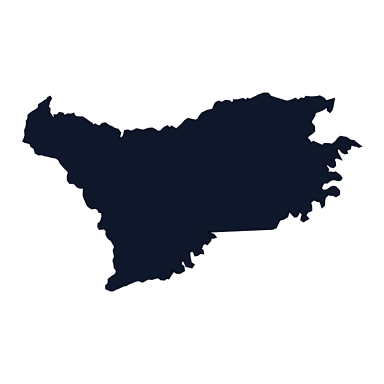 outline of Francisco Beltrão, Paraná, Brazil
{"feature_id": "56859067B76374785013373", "entity_name": "Francisco Beltrão", "entity_type": "district", "adm_level": 2, "iso_a3": "BRA", "parent_name": "Brazil", "parent_adm1": "Paraná", "projection": "albers", "projection_center": [-53.12, -26.068], "detail": "fine", "context": "isolated", "style": "filled", "palette": "ink", "viewbox_px": 384, "rotation_deg": 0, "n_neighbors": 0, "source": "geoboundaries", "source_scale": "gbopen_adm2", "svg_char_len": 4729}
<svg xmlns="http://www.w3.org/2000/svg" viewBox="0 0 384 384"><path d="M35.5,153.0L38.5,154.6L42.1,154.5L44.7,155.5L47.6,155.9L51.1,157.0L56.3,157.9L59.0,160.1L60.2,162.8L63.0,166.2L65.0,168.4L67.3,170.5L68.7,172.2L67.5,176.1L67.7,180.4L69.8,183.2L73.1,183.0L75.3,184.3L77.1,186.7L79.3,187.7L81.3,188.0L83.5,187.3L83.6,190.1L83.4,195.1L84.4,198.7L85.5,200.7L86.3,203.1L87.7,205.7L89.4,207.2L92.0,208.7L95.0,208.0L97.7,209.1L99.1,212.1L101.9,212.5L102.1,216.5L101.4,219.7L100.5,221.9L98.3,223.7L98.0,226.9L99.4,229.2L104.1,228.7L106.6,230.7L106.1,233.9L107.3,236.9L109.3,239.3L111.4,240.4L112.9,243.5L114.9,246.5L113.4,250.7L114.3,254.4L114.8,256.9L113.2,260.3L114.1,264.2L114.4,267.5L116.7,270.6L115.8,274.1L114.0,275.3L111.5,276.9L108.4,279.4L108.4,283.4L105.9,285.7L105.9,288.6L108.5,289.8L110.7,290.7L113.2,290.6L115.0,289.5L117.5,288.5L120.7,287.1L124.0,285.6L126.3,285.3L128.5,283.9L132.3,282.4L135.5,281.0L138.5,280.4L140.5,281.1L142.5,281.9L144.8,280.7L148.1,278.8L152.0,279.2L155.7,278.0L158.4,277.5L160.7,279.5L164.5,279.8L166.7,277.9L168.7,278.6L170.8,275.3L172.8,272.3L172.3,270.1L176.3,273.0L179.9,273.2L184.2,270.7L183.6,266.5L181.1,264.9L181.1,261.6L183.6,260.4L186.2,266.2L191.8,267.7L194.0,264.7L191.1,262.9L190.0,258.0L189.4,252.4L191.1,251.1L193.2,251.3L194.3,253.5L195.0,255.6L197.4,255.2L200.7,253.1L203.3,253.6L202.9,250.4L200.9,249.2L202.1,246.5L202.9,244.4L205.0,243.4L207.4,244.3L210.4,240.7L211.1,237.7L213.3,238.0L215.9,237.2L213.9,234.7L206.9,231.9L222.6,231.2L238.6,230.5L243.7,230.2L252.9,229.9L258.7,229.6L262.9,229.4L266.6,229.3L268.7,229.2L272.5,229.0L275.9,227.7L276.9,225.8L278.1,223.3L279.7,220.0L283.8,218.9L287.4,216.6L288.5,212.9L289.1,210.8L292.5,214.7L294.6,216.8L296.7,216.7L298.3,214.3L299.4,211.1L302.5,214.3L301.0,219.8L303.4,221.6L305.9,220.1L308.4,218.6L305.6,215.4L307.6,212.0L311.5,210.5L311.4,205.9L310.3,202.6L313.8,199.6L317.6,201.3L319.7,201.1L321.0,203.7L322.0,207.3L324.2,205.4L324.5,199.9L325.4,197.2L328.3,194.5L330.7,195.1L333.1,195.0L335.9,196.5L339.3,194.4L339.4,190.9L337.6,188.9L335.5,186.9L333.1,186.5L330.6,187.5L327.0,190.1L323.2,190.6L321.2,188.3L322.5,184.9L324.2,182.7L327.2,182.8L330.4,180.3L332.6,179.5L334.8,179.5L338.1,180.4L340.3,180.1L341.8,178.1L339.9,175.4L338.1,174.1L335.5,172.2L333.2,172.8L330.3,172.2L327.4,172.6L328.4,169.4L326.6,166.8L324.8,165.4L328.0,164.4L330.5,166.7L333.6,167.3L335.3,165.6L335.1,162.4L334.0,159.9L335.1,158.0L337.3,157.7L341.2,159.3L339.7,156.5L337.4,152.5L336.8,149.1L339.6,148.7L342.1,152.2L344.8,153.6L347.2,153.1L346.3,150.2L350.0,148.9L351.2,144.5L354.1,145.7L357.0,146.0L358.7,147.1L361.0,146.3L358.7,144.7L356.4,142.9L353.6,140.7L350.9,140.7L349.2,139.4L346.4,137.6L343.4,137.1L340.4,136.6L337.8,138.7L336.6,140.6L335.0,142.2L331.9,144.6L329.6,143.9L324.3,143.7L322.6,145.7L313.3,141.6L310.7,143.2L309.4,140.3L306.9,138.0L308.5,135.7L310.5,134.4L312.3,133.2L314.4,131.0L314.3,126.4L312.1,124.1L310.9,121.4L312.7,118.9L314.6,115.6L315.0,112.8L317.6,111.7L320.0,110.9L323.1,109.5L325.8,107.8L328.0,107.2L327.5,110.3L330.0,112.2L331.8,109.8L332.9,106.1L333.5,102.4L334.3,98.7L330.0,100.0L325.5,101.2L324.8,99.1L323.2,97.9L319.6,96.1L317.2,96.8L311.0,97.2L305.9,96.6L304.3,98.9L301.1,98.2L298.1,100.6L295.6,98.4L292.4,99.9L290.0,100.7L287.2,101.4L284.7,100.9L281.1,99.6L276.6,98.4L270.6,96.4L268.1,93.4L263.8,93.3L261.1,94.3L259.2,94.9L255.9,96.6L251.8,98.5L249.7,99.6L247.6,98.5L245.6,100.7L243.6,98.8L241.0,99.1L238.2,100.1L233.7,100.1L233.0,103.1L231.0,102.5L229.4,101.0L225.5,100.6L221.6,102.7L219.1,101.4L217.1,102.0L215.4,103.2L214.4,105.1L212.7,109.4L207.8,110.5L205.6,111.3L202.2,113.1L199.5,116.3L197.9,119.4L195.1,120.4L191.0,119.4L188.1,118.7L185.1,120.6L182.1,124.1L176.3,129.2L174.3,128.0L171.5,126.3L169.7,128.4L167.6,126.0L164.5,127.4L162.8,128.9L160.9,131.0L158.1,131.7L155.4,129.8L152.4,128.3L148.8,128.5L146.9,129.1L143.3,130.4L140.3,129.8L136.4,129.0L133.5,130.6L131.0,131.4L128.0,130.3L124.8,130.7L123.9,134.7L122.9,136.8L120.5,138.9L119.5,136.4L120.4,132.7L118.0,129.5L114.7,128.7L111.9,126.8L109.2,125.9L105.3,123.1L102.3,123.6L100.3,125.8L98.3,126.2L95.3,124.2L92.8,125.6L91.9,123.3L89.9,122.3L87.0,120.1L82.7,117.2L79.8,117.1L76.9,117.1L74.7,116.0L73.6,113.5L70.9,114.5L67.8,114.1L65.6,115.1L63.4,115.7L63.0,113.4L59.4,112.7L57.2,115.1L54.3,115.1L54.7,117.2L52.9,118.0L51.7,115.9L49.4,112.5L49.9,108.8L48.0,106.8L48.8,104.6L49.3,101.7L51.3,98.6L50.2,96.6L47.8,97.7L47.0,99.7L44.8,100.6L41.9,102.7L38.7,104.7L38.7,107.4L36.4,109.6L34.4,110.7L32.2,112.0L30.2,113.5L28.3,115.1L28.0,119.1L26.6,121.0L26.6,124.3L26.2,127.0L24.9,130.1L25.0,132.8L25.3,135.3L24.2,138.8L23.0,141.1L25.2,142.3L27.4,142.7L30.2,143.6L31.2,146.5L34.2,148.3L35.5,153.0Z" fill="#0f172a" stroke="#020617" stroke-width="1.5"/></svg>